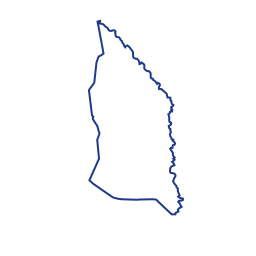 América Dourada, Bahia, Brazil, rotated 311°
{"feature_id": "56859067B30516814482905", "entity_name": "América Dourada", "entity_type": "district", "adm_level": 2, "iso_a3": "BRA", "parent_name": "Brazil", "parent_adm1": "Bahia", "projection": "robinson", "projection_center": [-41.478, -11.399], "detail": "fine", "context": "isolated", "style": "outline", "palette": "blue", "viewbox_px": 256, "rotation_deg": 311, "n_neighbors": 0, "source": "geoboundaries", "source_scale": "gbopen_adm2", "svg_char_len": 2829}
<svg xmlns="http://www.w3.org/2000/svg" viewBox="0 0 256 256"><g transform="rotate(311 128 128)"><path d="M189.4,35.8L188.3,35.2L187.1,36.7L185.3,39.1L169.2,59.4L167.9,60.8L163.9,59.5L162.7,59.0L161.0,59.6L156.8,61.2L140.1,72.8L135.2,73.3L133.3,73.4L130.9,73.7L119.4,86.5L113.9,92.6L113.7,94.5L112.4,94.9L111.5,96.1L110.9,98.3L110.4,99.7L110.1,100.8L109.8,102.2L109.3,103.7L108.2,105.3L107.0,107.1L106.1,108.4L105.6,109.7L104.5,110.4L98.9,112.5L85.9,126.2L78.2,128.6L76.6,129.1L68.0,131.7L63.2,133.2L63.1,138.3L63.9,145.8L64.6,152.3L65.6,160.9L65.8,162.4L67.8,166.5L69.5,169.1L70.3,170.2L71.0,171.1L79.7,181.8L81.3,183.3L90.9,193.9L92.5,196.4L92.4,198.1L92.2,199.7L91.5,217.6L92.7,219.0L93.9,220.4L95.3,219.6L97.0,220.5L98.1,220.8L99.1,219.2L100.7,219.2L102.3,219.7L103.7,220.2L104.0,218.5L105.0,216.6L105.1,214.5L106.4,214.2L107.4,215.1L108.2,216.0L109.8,216.6L110.7,215.8L110.0,214.5L109.2,212.7L109.1,210.9L111.0,211.2L111.9,209.1L113.0,207.2L113.9,206.1L115.0,205.5L115.2,203.4L116.1,202.4L116.2,200.8L116.6,199.1L117.3,197.0L119.4,196.2L120.5,195.7L121.9,195.7L123.1,195.2L123.9,194.2L123.8,192.7L123.4,191.4L122.6,190.6L122.1,189.3L123.1,187.8L124.3,187.2L125.2,186.3L126.5,186.0L127.7,186.2L129.0,186.7L130.3,187.5L131.2,186.1L131.4,183.5L132.8,183.8L134.5,184.0L134.5,182.3L136.3,182.6L136.4,181.2L137.0,179.6L138.4,178.6L139.1,176.9L139.5,174.9L140.0,173.4L141.1,173.4L142.2,174.6L143.4,173.7L144.9,173.2L145.9,174.1L147.0,173.8L147.9,172.2L147.7,170.3L148.9,169.8L148.1,168.4L148.9,167.4L149.5,165.6L150.7,163.8L151.8,163.5L153.1,163.0L153.8,161.5L155.0,160.9L155.0,158.9L156.3,157.4L157.4,157.9L159.0,158.1L160.3,157.0L159.7,155.7L160.8,154.0L162.0,153.1L163.0,152.3L164.0,150.8L164.9,149.4L166.2,149.9L167.5,149.2L168.5,149.7L169.8,148.9L169.8,150.1L170.8,149.5L171.2,148.1L171.9,146.9L173.6,147.5L175.1,147.2L174.9,145.4L175.7,144.0L176.8,143.1L176.8,141.9L177.6,141.0L178.6,140.2L178.1,139.1L177.0,137.9L177.8,136.5L179.1,135.0L179.3,133.1L179.3,131.0L179.2,129.5L179.4,127.9L178.7,127.0L177.8,126.0L178.5,125.0L179.7,124.3L181.2,124.1L182.1,122.5L181.6,120.9L180.4,121.0L180.9,119.2L181.1,117.1L180.8,115.5L181.5,114.4L180.7,112.9L181.6,111.3L183.2,110.2L184.4,108.7L184.7,106.7L183.6,105.2L183.3,103.8L183.3,102.0L184.4,100.4L185.7,99.6L186.5,98.5L186.5,96.5L186.2,95.2L184.8,95.4L183.8,94.7L185.3,93.1L186.0,91.3L186.2,89.4L185.3,88.4L184.7,86.2L185.6,84.6L187.1,83.3L188.3,82.2L189.0,80.8L189.3,79.0L189.8,77.1L190.0,75.5L189.9,73.4L188.5,72.7L187.1,72.9L187.5,71.2L188.5,69.5L188.6,67.9L189.6,66.5L189.6,64.7L190.2,63.5L190.5,61.5L189.2,59.5L189.7,57.8L190.6,57.0L191.3,55.9L192.5,55.5L192.9,54.2L192.3,52.9L190.5,51.9L189.6,50.8L189.2,49.2L190.1,47.0L189.8,45.1L189.8,43.9L190.0,42.1L189.8,40.4L188.7,38.9L188.2,37.7L189.5,37.4L190.5,36.7L189.4,35.8Z" fill="none" stroke="#1e3a8a" stroke-width="2"/></g></svg>